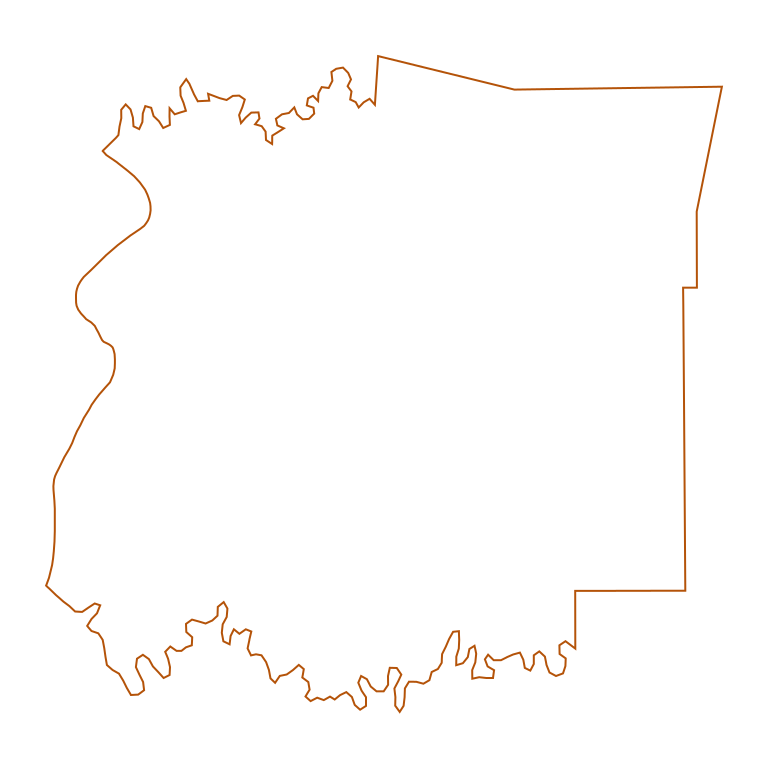 El Dorado, Misiones, Argentina (Equal Earth projection)
{"feature_id": "61730980B34474057540122", "entity_name": "El Dorado", "entity_type": "district", "adm_level": 2, "iso_a3": "ARG", "parent_name": "Argentina", "parent_adm1": "Misiones", "projection": "equal_earth", "projection_center": [-54.53, -26.321], "detail": "fine", "context": "isolated", "style": "outline", "palette": "amber", "viewbox_px": 768, "rotation_deg": 0, "n_neighbors": 0, "source": "geoboundaries", "source_scale": "gbopen_adm2", "svg_char_len": 5335}
<svg xmlns="http://www.w3.org/2000/svg" viewBox="0 0 768 768"><path d="M575.3,648.6L575.2,590.9L580.1,590.9L582.0,590.9L685.3,590.7L684.0,399.2L683.3,304.6L683.1,287.7L696.9,287.7L696.7,211.6L719.4,99.0L721.9,86.7L514.4,89.6L378.1,56.1L377.6,64.2L376.4,82.1L374.9,104.8L369.6,98.8L363.7,102.3L358.7,107.5L355.7,102.1L350.5,99.6L350.2,99.5L351.3,92.7L351.5,91.4L348.6,87.6L347.6,86.2L349.9,81.6L351.0,79.4L348.2,72.9L343.0,67.6L336.2,68.8L331.4,72.0L332.4,80.8L328.7,88.0L321.7,87.1L318.4,93.3L318.1,101.0L313.0,95.8L308.0,98.4L306.8,105.4L309.6,106.4L313.5,107.7L314.2,113.6L311.8,116.0L308.9,118.9L302.6,119.3L297.0,114.3L294.3,107.4L288.9,113.0L282.0,114.3L275.9,118.8L277.1,124.1L277.3,125.4L283.9,128.3L281.1,130.1L278.3,131.9L272.3,135.6L272.2,137.3L272.2,141.4L272.1,144.0L266.3,140.2L266.0,140.0L265.6,131.6L265.0,130.8L261.7,126.2L256.7,124.7L255.1,124.3L259.5,118.5L259.2,117.0L258.5,112.4L251.3,112.6L245.7,117.6L241.0,123.1L240.7,121.8L239.1,115.1L242.2,107.6L242.5,106.8L244.8,99.5L239.2,95.6L232.8,95.9L226.6,100.0L219.5,98.1L213.7,95.9L208.1,93.8L209.3,100.7L209.0,100.7L204.1,100.9L198.4,101.2L197.8,101.3L193.9,94.1L193.8,93.8L189.6,84.3L189.3,83.6L188.4,82.4L186.2,79.1L180.3,87.3L180.3,88.3L180.6,95.7L183.5,102.8L185.9,110.8L183.9,111.4L180.8,112.3L175.3,114.1L174.7,114.3L173.8,113.2L169.6,108.3L169.5,116.6L169.9,124.9L164.9,127.2L163.2,128.0L161.2,124.8L159.0,121.3L155.3,117.7L153.6,116.1L151.5,108.9L151.2,107.8L145.3,106.1L142.8,113.5L142.4,122.0L139.2,129.1L138.4,128.7L133.5,126.3L132.9,117.6L130.7,110.0L130.5,109.4L125.7,104.4L121.2,109.8L121.3,118.2L119.5,126.6L118.4,135.1L116.0,137.8L114.9,138.9L103.7,149.9L102.9,150.7L102.7,151.0L106.4,155.1L116.7,162.1L118.4,163.5L127.7,170.8L133.4,175.6L133.7,175.8L134.4,176.5L139.1,181.6L139.9,182.5L145.1,189.7L147.4,194.6L148.7,198.2L150.1,202.9L150.5,206.3L150.6,210.2L150.6,210.3L150.1,213.9L149.2,217.6L148.0,220.4L146.1,223.3L144.2,225.8L140.2,228.9L130.4,235.5L117.8,245.1L106.3,255.0L91.0,270.1L83.8,276.9L81.8,279.5L80.3,281.7L78.1,285.6L77.0,288.8L76.3,291.8L76.0,294.9L76.0,296.2L76.0,298.0L76.1,302.7L76.6,305.8L78.2,309.6L81.0,313.5L85.0,317.8L86.2,319.2L90.9,322.2L91.2,322.4L94.8,325.9L96.6,329.4L98.4,332.6L100.3,336.6L100.6,337.2L102.1,340.1L103.7,341.8L105.6,342.7L107.3,343.5L109.2,344.5L109.9,345.0L111.1,345.9L111.2,346.0L112.6,347.4L113.3,349.1L113.9,351.2L114.6,354.1L114.9,359.3L114.9,363.1L114.7,368.4L114.1,371.0L113.2,374.8L110.0,382.3L105.3,387.5L99.2,394.5L95.6,399.2L91.7,404.7L89.1,409.6L83.8,418.0L80.3,425.3L77.0,431.2L74.4,437.2L72.2,443.0L69.3,448.8L64.3,457.2L59.3,467.5L56.5,473.0L55.1,476.1L54.1,479.5L53.8,482.3L53.4,486.1L53.5,489.9L54.4,500.9L54.8,508.7L54.8,519.0L54.8,531.1L54.5,541.5L53.8,551.3L53.1,558.3L52.1,565.1L49.0,577.8L46.8,583.8L46.1,585.6L47.6,587.1L49.1,588.4L56.1,595.2L59.7,598.3L63.4,601.6L69.4,606.1L75.1,611.5L81.5,611.9L82.2,611.9L88.3,607.7L94.7,603.5L100.2,605.3L99.5,607.0L97.0,613.3L91.5,619.0L87.2,625.9L88.3,627.3L91.5,631.0L98.3,633.3L101.0,637.3L102.7,639.9L104.3,648.4L104.3,648.5L105.5,656.9L106.9,665.0L112.6,670.0L119.1,673.7L119.2,674.0L123.2,680.6L126.8,687.9L130.5,694.2L130.9,695.0L138.2,694.6L144.1,690.2L143.8,687.8L143.1,682.0L139.4,674.6L135.9,667.1L137.0,658.7L142.9,654.8L148.9,659.1L152.9,666.4L158.3,672.1L163.6,678.0L169.6,675.0L170.0,667.1L168.1,658.8L167.1,656.3L165.2,651.8L170.3,646.5L176.6,650.9L181.4,650.9L186.0,647.3L191.8,645.3L192.0,641.7L192.2,637.2L187.9,633.4L186.3,632.0L186.0,623.9L192.0,619.6L198.9,621.5L205.6,623.5L212.3,620.5L217.5,615.7L217.8,606.9L223.7,602.1L227.4,608.5L227.3,610.2L226.7,617.0L222.7,624.3L221.8,632.8L223.4,641.3L226.3,642.7L229.6,644.3L230.6,636.0L233.9,629.3L239.4,633.8L245.8,629.3L251.3,631.5L249.4,639.5L249.4,639.9L247.6,648.4L250.6,654.5L251.0,655.4L256.0,654.3L261.5,655.3L262.7,657.1L263.0,657.5L266.1,662.1L268.9,669.9L270.5,678.4L275.1,682.8L279.8,675.9L286.7,674.5L292.9,670.1L298.8,664.9L303.8,669.1L302.9,674.4L302.3,677.5L306.8,680.9L308.3,682.0L309.6,689.7L307.2,693.6L305.5,696.5L310.6,701.1L317.0,697.8L317.2,697.7L323.8,700.1L330.0,696.6L334.7,699.5L340.1,695.1L346.3,692.1L351.9,697.0L354.5,704.3L354.8,705.0L355.5,705.6L360.1,709.7L366.0,705.9L366.0,701.6L366.0,697.2L363.0,692.8L361.5,690.5L358.3,682.7L361.1,676.0L366.9,679.2L370.7,686.5L376.5,691.3L383.7,691.3L388.1,684.8L388.0,676.1L389.8,667.8L396.8,668.0L401.3,674.6L400.8,675.7L398.2,681.3L394.4,688.5L395.4,697.1L395.2,705.7L399.0,710.9L399.7,711.9L403.6,705.8L404.6,697.2L404.9,688.4L409.0,681.7L416.3,681.8L423.4,683.7L429.4,680.2L431.7,672.0L437.9,669.0L441.7,662.8L441.8,660.7L441.8,659.6L442.1,654.1L445.8,646.7L449.1,639.0L453.1,631.8L458.9,631.2L459.0,635.1L459.2,640.0L458.8,648.6L456.3,656.7L456.3,660.4L456.2,665.2L462.9,663.2L467.8,657.1L469.4,649.0L474.5,645.8L475.5,650.2L476.2,653.8L475.3,662.4L472.2,670.1L472.3,678.7L475.1,678.1L479.2,677.2L486.3,678.0L493.0,678.0L493.9,671.4L494.1,670.2L491.5,668.7L487.6,666.4L484.9,659.3L488.1,654.7L493.7,660.2L501.0,660.2L506.6,657.4L506.9,657.2L513.1,654.5L519.9,652.6L523.3,659.7L523.4,660.2L524.8,667.9L525.4,668.2L530.3,670.6L533.8,664.0L533.8,655.3L539.3,651.4L544.9,656.6L546.0,662.1L546.5,664.9L549.5,672.5L551.0,673.3L556.0,676.0L563.0,673.4L565.4,666.1L565.7,659.1L565.7,658.4L564.9,657.8L559.6,654.0L559.4,645.3L565.5,641.2L575.3,648.6Z" fill="none" stroke="#b45309" stroke-width="2"/></svg>